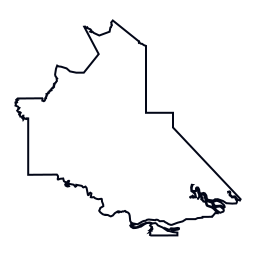 the district of Middle Fly District, Western, Papua New Guinea
{"feature_id": "67681753B64880686677125", "entity_name": "Middle Fly District", "entity_type": "district", "adm_level": 2, "iso_a3": "PNG", "parent_name": "Papua New Guinea", "parent_adm1": "Western", "projection": "mercator", "projection_center": [142.595, -7.022], "detail": "fine", "context": "isolated", "style": "outline", "palette": "ink", "viewbox_px": 256, "rotation_deg": 0, "n_neighbors": 0, "source": "geoboundaries", "source_scale": "gbopen_adm2", "svg_char_len": 5879}
<svg xmlns="http://www.w3.org/2000/svg" viewBox="0 0 256 256"><path d="M173.0,112.8L146.0,112.8L146.0,45.9L144.0,45.2L142.0,43.8L141.2,43.8L140.0,43.2L139.5,42.3L138.9,42.6L138.8,41.1L138.5,41.1L112.8,20.5L111.2,22.5L111.5,23.3L111.4,24.4L111.9,24.9L111.9,25.3L111.2,26.3L111.0,27.2L110.4,27.5L109.6,31.7L99.3,35.5L93.9,33.0L92.7,31.9L91.7,32.2L90.2,31.6L91.3,30.4L90.4,29.3L87.2,28.1L87.5,27.6L87.2,27.2L86.3,27.7L85.8,27.6L85.1,26.6L84.2,26.7L98.7,54.1L83.8,72.7L76.4,72.7L70.0,71.4L66.6,68.4L61.1,66.7L58.6,66.4L57.2,65.6L56.0,68.8L55.1,74.5L55.4,76.0L57.1,78.5L56.6,78.7L56.9,81.0L56.0,82.0L55.9,82.5L54.2,83.7L54.5,84.1L53.9,84.9L54.3,85.1L54.0,85.6L54.1,86.9L53.1,87.9L52.8,87.5L52.1,88.2L52.2,88.5L51.3,89.0L51.1,89.5L51.4,90.2L50.8,90.3L50.6,90.7L50.0,90.6L49.6,91.5L49.3,91.5L49.3,91.9L48.2,92.4L48.1,92.8L48.4,93.1L47.4,93.6L47.6,93.7L47.4,94.4L46.6,94.4L46.9,95.1L46.6,95.4L46.7,95.9L46.2,96.2L46.1,97.8L45.6,97.6L45.2,98.3L45.2,99.6L44.6,100.7L43.8,101.2L42.3,100.6L42.6,98.8L42.3,98.3L17.6,98.5L16.2,99.9L16.4,100.2L17.4,100.4L16.5,101.1L17.1,102.3L16.7,102.6L15.5,102.4L15.4,102.7L15.9,104.3L15.5,105.6L17.9,106.6L18.7,107.7L19.4,107.9L19.0,108.7L18.0,109.1L17.8,110.0L17.2,110.7L18.6,112.3L19.7,112.0L20.7,112.7L20.0,114.2L19.3,114.1L19.1,114.4L20.1,115.8L20.3,116.6L22.3,116.9L23.1,115.7L23.4,115.7L23.4,116.4L22.3,118.0L23.1,118.7L23.3,119.6L24.4,118.1L26.1,119.1L26.6,119.0L26.9,118.3L28.2,118.4L28.2,174.8L56.9,174.6L57.8,175.7L58.1,177.0L57.7,179.0L57.8,179.4L58.3,179.5L60.2,178.8L63.2,178.5L63.9,181.1L64.8,181.8L66.0,182.2L67.1,182.3L68.1,181.0L68.9,180.8L69.1,181.0L68.4,183.0L67.9,183.4L65.7,183.8L65.2,184.4L65.6,185.6L66.9,186.3L67.6,186.5L69.0,186.2L68.7,185.6L67.0,185.2L67.6,183.7L68.1,183.7L73.7,184.7L75.3,186.7L76.2,186.2L76.0,185.5L76.2,184.8L81.5,185.8L82.1,186.1L82.9,187.2L83.4,187.4L85.5,186.6L86.6,188.0L87.9,194.8L88.2,195.1L88.7,195.0L89.2,193.5L90.3,192.7L91.4,193.4L90.8,197.2L91.9,197.4L93.8,197.1L94.9,198.1L96.5,198.8L98.3,199.2L101.3,198.8L101.8,199.1L102.0,201.5L103.2,204.6L103.3,206.2L100.4,207.9L99.2,210.8L100.3,212.3L102.7,214.2L105.1,215.0L105.8,215.0L105.8,214.8L107.8,215.0L110.4,216.3L111.0,216.3L112.8,215.5L114.8,213.2L117.7,211.4L118.7,211.3L121.3,212.0L122.4,211.4L123.5,211.5L125.0,210.9L125.6,211.2L126.1,212.0L127.0,212.1L128.2,212.7L129.2,213.9L129.7,215.7L130.2,220.9L131.0,222.3L132.5,223.3L137.5,224.3L142.6,221.4L144.0,220.9L145.3,220.9L147.0,219.8L148.8,219.5L155.4,220.2L155.8,219.8L156.8,219.7L158.0,220.0L159.6,221.2L163.8,221.1L165.1,222.1L167.6,223.4L168.2,224.0L170.9,224.9L172.0,224.8L177.6,222.7L182.6,221.4L186.2,219.1L195.5,219.1L197.6,218.1L202.4,217.7L202.5,216.9L212.0,216.8L212.1,216.4L212.4,216.4L215.2,213.1L217.7,213.2L217.4,212.1L216.1,211.4L213.6,208.8L211.8,207.5L207.2,205.9L206.5,205.0L205.6,201.9L203.4,201.5L202.6,200.3L201.3,199.3L201.4,198.6L202.3,198.5L202.5,198.0L202.1,197.5L200.9,196.8L200.8,195.1L200.5,194.8L199.3,194.8L199.4,197.0L198.1,198.5L197.9,199.6L197.9,198.5L199.3,196.7L199.0,194.1L198.2,192.4L198.1,189.1L197.5,188.3L197.1,188.5L196.9,189.7L196.1,191.1L195.3,191.5L194.1,191.5L194.2,192.0L193.6,192.3L195.2,193.8L196.0,197.2L195.1,197.4L194.3,196.8L193.6,197.6L193.0,197.6L192.7,197.0L193.1,196.2L192.7,195.9L192.2,196.4L191.3,196.5L190.8,197.5L190.4,197.5L190.1,197.1L190.3,196.4L190.3,197.2L190.6,197.4L191.1,196.5L192.0,196.3L192.7,195.7L193.2,196.2L192.8,197.0L193.0,197.4L193.5,197.4L194.2,196.7L195.4,197.2L195.9,196.9L195.0,194.0L193.4,192.5L193.4,192.2L194.0,191.9L194.0,191.6L192.3,191.7L191.4,191.1L191.1,187.4L191.8,184.8L192.5,184.9L192.2,185.1L192.3,185.7L191.7,187.8L191.8,190.9L195.3,191.0L196.1,189.8L196.0,188.4L196.3,187.8L197.0,187.4L198.1,187.6L199.1,189.4L199.6,193.0L201.4,193.5L203.6,192.9L204.9,193.4L206.3,195.4L206.9,198.6L207.6,199.5L208.6,199.9L212.9,200.5L214.2,200.0L215.0,199.3L217.9,199.2L223.0,201.0L226.4,203.2L232.3,203.6L236.3,203.4L236.8,202.5L237.0,200.9L235.9,199.5L235.0,197.2L232.0,197.4L230.9,196.1L229.7,195.4L229.5,194.7L230.0,193.4L229.8,191.8L229.0,191.8L228.2,192.3L228.1,191.8L229.6,191.4L230.0,191.7L230.3,192.5L230.0,195.0L231.2,195.6L232.3,196.9L234.2,196.3L235.1,196.5L237.3,199.3L237.9,199.8L239.9,200.5L240.6,199.2L173.0,127.5L173.0,112.8ZM177.4,232.6L173.0,232.1L169.5,231.1L167.6,230.9L162.6,227.5L157.9,225.4L156.5,223.7L155.4,223.1L153.2,223.3L150.9,224.1L150.1,225.6L151.5,226.6L151.4,227.3L152.0,227.2L152.1,227.7L151.7,227.5L151.6,228.0L152.0,228.5L151.8,228.6L152.3,229.0L152.2,229.2L151.9,229.0L151.6,229.6L151.8,229.8L151.4,230.2L150.8,229.4L150.6,229.5L151.2,229.9L150.8,230.1L151.2,230.8L150.0,230.9L150.4,231.2L149.6,232.1L149.9,232.0L149.9,232.6L150.4,233.1L150.0,235.0L151.1,235.5L177.4,235.4L177.4,232.6ZM207.4,201.2L205.3,199.1L204.3,195.0L202.9,194.7L201.2,194.9L201.1,196.7L202.2,197.2L202.7,198.1L202.6,198.5L201.7,199.1L202.8,200.1L203.5,201.3L205.5,201.3L205.9,201.6L206.5,202.7L207.1,205.2L209.3,206.1L211.1,206.5L214.4,208.0L214.8,208.0L213.0,205.6L212.0,202.7L207.4,201.2ZM224.2,205.3L221.0,202.4L217.8,201.0L215.9,200.8L214.6,201.5L212.4,201.9L214.9,205.8L216.6,205.9L220.7,205.6L224.2,207.4L224.7,207.0L224.2,205.3ZM220.6,206.8L219.5,206.5L215.6,207.1L215.3,207.5L215.4,208.8L215.9,209.7L220.1,212.8L223.3,211.6L223.8,210.7L223.6,209.3L220.6,206.8ZM152.5,223.3L149.6,222.5L146.0,222.9L141.3,224.7L138.1,226.8L136.2,227.3L132.8,227.0L129.9,224.8L130.9,226.7L133.2,228.1L135.7,228.0L138.0,227.5L139.7,226.8L140.8,226.7L144.7,224.1L146.9,223.0L149.9,222.9L152.5,223.3ZM179.0,228.3L177.9,227.9L174.0,228.5L171.0,228.3L170.6,228.6L170.8,229.1L171.4,229.6L173.8,230.2L177.9,229.6L178.9,229.1L179.0,228.3ZM134.3,224.7L131.8,224.3L132.1,224.8L133.2,225.1L134.3,224.7ZM118.8,212.5L119.7,212.0L118.4,211.7L117.7,212.2L118.8,212.5ZM167.3,229.4L167.9,229.3L166.9,228.9L167.3,229.4ZM212.9,204.6L213.0,204.0L212.7,203.6L212.7,203.9L212.9,204.6Z" fill="none" stroke="#020617" stroke-width="2"/></svg>